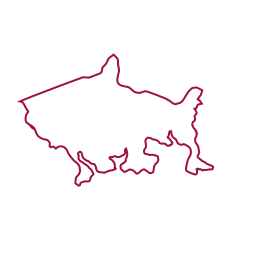 Lane Cove, New South Wales, Australia, rotated 328°
{"feature_id": "25037944B47816389357030", "entity_name": "Lane Cove", "entity_type": "district", "adm_level": 2, "iso_a3": "AUS", "parent_name": "Australia", "parent_adm1": "New South Wales", "projection": "equal_earth", "projection_center": [151.169, -33.823], "detail": "fine", "context": "isolated", "style": "outline", "palette": "rose", "viewbox_px": 256, "rotation_deg": 328, "n_neighbors": 0, "source": "geoboundaries", "source_scale": "gbopen_adm2", "svg_char_len": 5907}
<svg xmlns="http://www.w3.org/2000/svg" viewBox="0 0 256 256"><g transform="rotate(328 128 128)"><path d="M50.5,48.3L51.3,49.1L51.8,49.9L52.2,50.8L52.4,51.8L51.9,59.0L52.2,60.2L52.0,61.4L51.1,61.7L49.7,62.3L47.9,63.6L46.6,65.0L45.7,66.5L45.2,67.4L45.0,68.3L45.0,69.2L45.1,70.1L46.0,72.3L46.6,75.1L46.5,75.8L46.7,76.8L47.0,77.4L47.1,75.1L47.3,74.9L47.8,76.2L48.3,78.2L48.4,79.0L47.6,83.3L47.4,85.0L47.4,86.2L47.6,87.6L48.1,89.0L49.3,91.2L50.6,92.9L51.6,93.6L52.5,94.6L53.2,95.7L53.7,97.0L53.8,98.4L53.5,99.7L53.2,100.2L51.9,101.8L51.9,102.5L52.1,103.2L52.5,103.5L53.8,103.7L54.7,104.1L55.3,105.1L55.7,107.1L55.9,107.2L57.5,107.0L58.5,107.0L59.2,107.0L60.1,107.4L61.9,108.3L62.5,108.9L63.2,109.8L63.8,110.9L64.3,112.6L64.4,113.7L64.4,115.0L63.9,118.7L64.1,121.4L64.5,124.9L65.0,127.5L65.7,129.2L66.2,130.8L66.5,132.9L66.5,134.3L66.3,135.4L65.9,136.5L65.4,136.9L65.3,137.1L65.1,138.3L64.7,138.9L63.6,140.0L61.9,141.2L59.7,141.9L58.5,142.2L57.5,142.8L56.4,143.8L54.5,146.4L54.3,146.7L54.3,147.6L54.8,148.7L55.4,150.6L56.1,150.9L57.1,150.9L57.3,150.7L58.3,149.7L59.1,149.5L60.1,149.5L62.5,150.2L64.4,151.2L65.8,152.2L67.1,152.6L67.7,152.3L69.1,151.2L70.4,149.9L71.3,149.6L74.0,149.0L74.3,148.7L74.5,147.9L74.6,147.0L74.6,144.9L74.7,143.8L74.6,143.0L73.9,141.3L73.9,140.1L73.7,139.1L73.1,137.4L71.9,135.0L71.3,133.0L70.6,131.9L70.0,130.5L69.8,129.7L69.7,129.0L69.8,128.0L70.0,127.3L70.6,126.4L71.6,125.3L71.7,124.9L71.8,123.7L72.1,123.2L72.6,122.8L73.9,122.6L74.5,122.6L74.8,122.8L75.2,123.3L75.4,124.1L75.2,125.5L74.6,127.2L74.2,129.0L74.2,129.7L74.4,130.8L75.8,134.1L76.6,134.9L77.1,135.6L77.2,136.0L77.3,137.2L77.9,138.4L78.4,139.1L79.9,140.4L80.4,141.1L80.4,141.4L80.2,141.9L80.3,143.2L80.2,143.7L80.0,144.4L79.5,145.4L79.2,146.6L79.1,147.8L79.4,149.0L79.7,149.6L80.7,150.6L81.4,151.2L82.5,151.8L83.5,152.8L84.6,153.5L85.2,153.7L86.8,153.8L88.5,154.1L92.2,155.4L93.1,155.8L95.0,155.7L95.3,156.2L95.7,156.0L95.3,155.5L95.5,155.2L96.0,155.4L96.0,155.1L95.6,155.0L95.6,154.7L96.3,154.2L97.3,152.1L97.9,150.5L97.8,148.7L97.5,147.1L97.3,146.3L96.3,144.4L96.5,143.5L97.0,143.2L97.9,143.3L99.1,144.4L101.1,144.6L102.0,145.0L102.6,145.6L103.0,146.5L104.1,147.4L105.0,147.9L105.8,148.2L107.1,148.1L109.6,148.5L110.8,148.4L112.1,147.9L112.6,147.5L113.1,146.2L113.6,145.4L114.8,144.5L115.4,144.4L115.3,145.1L114.7,147.1L113.8,149.3L113.1,150.4L110.8,152.6L109.6,153.2L109.1,154.0L108.7,154.9L107.3,155.0L106.3,155.4L104.9,155.3L103.6,155.5L102.8,155.4L101.9,155.8L101.5,156.3L100.9,157.6L100.6,158.0L100.3,158.6L100.3,159.1L100.6,160.4L101.0,161.8L101.6,163.3L101.9,163.5L105.2,163.9L106.8,163.9L107.8,164.3L108.7,165.1L109.5,166.0L109.9,166.8L110.6,168.9L110.9,170.8L111.2,171.3L111.5,171.5L112.2,171.8L113.9,171.7L114.7,171.6L116.2,171.1L116.7,171.1L118.7,171.2L119.8,171.7L120.3,172.3L120.9,174.1L121.5,175.2L122.2,177.5L122.6,177.9L123.4,178.2L124.2,178.7L125.8,178.7L126.4,178.4L129.1,175.3L129.6,174.6L130.3,174.0L130.9,173.9L132.3,173.0L133.6,173.0L134.5,172.7L136.1,171.8L136.6,171.4L137.0,170.9L137.3,169.9L138.0,168.6L138.1,168.1L137.9,167.3L136.8,165.9L135.2,164.2L134.6,163.7L134.0,163.3L132.7,162.8L132.0,162.3L130.5,160.5L128.9,159.0L128.7,158.6L128.6,158.2L128.7,157.4L129.0,156.6L129.8,155.5L130.9,154.8L132.9,153.8L133.5,153.2L134.7,150.9L135.6,148.7L135.9,148.1L136.4,147.6L138.0,146.8L139.3,146.6L139.9,146.8L140.7,147.6L141.5,148.2L141.9,148.7L142.8,150.5L143.6,151.3L144.8,152.2L146.4,154.6L146.7,155.5L146.8,157.3L147.3,158.2L147.9,158.8L148.6,159.2L150.5,160.5L151.6,162.0L151.7,163.3L152.6,164.4L153.3,164.8L154.4,164.6L154.8,165.1L155.1,165.2L156.2,164.8L156.9,164.9L157.9,163.8L157.7,162.9L157.5,159.5L157.2,158.4L156.7,157.5L156.7,156.8L157.6,156.5L158.6,155.9L160.6,153.6L161.7,152.9L162.9,153.7L161.8,155.6L161.3,157.7L161.2,159.3L161.3,160.1L161.9,161.3L162.5,163.1L162.5,164.1L162.2,165.9L162.2,167.2L162.4,168.0L163.0,169.1L164.1,170.4L165.0,170.9L166.5,171.1L166.8,171.3L167.7,172.5L168.5,173.9L169.4,175.7L169.8,177.9L169.8,178.7L169.6,179.6L168.8,181.4L167.6,183.1L165.9,184.5L163.9,185.5L161.9,186.8L159.8,188.7L157.1,191.4L155.6,193.3L155.3,193.8L154.9,194.7L155.0,195.6L156.9,198.9L158.5,200.9L159.2,201.5L159.6,202.3L160.2,203.0L161.6,203.3L162.1,203.1L162.9,202.3L163.9,200.8L164.1,200.3L164.1,199.6L164.2,199.3L165.1,199.2L165.7,199.5L166.1,199.9L166.2,200.6L167.0,200.9L167.8,201.6L168.5,202.5L168.6,203.2L168.9,203.6L169.7,203.5L172.4,205.2L173.6,205.7L174.8,206.1L177.4,207.7L178.4,207.3L179.4,206.4L179.5,205.9L179.5,205.4L179.1,204.5L176.3,200.8L175.7,199.8L175.3,198.3L173.7,195.7L173.1,194.5L173.2,194.4L172.3,191.9L171.8,190.2L171.8,189.5L172.0,188.9L172.7,188.2L173.5,188.0L175.4,186.5L175.7,186.0L176.2,184.5L177.6,181.2L177.8,179.0L177.6,176.0L178.2,174.6L179.0,173.0L179.8,172.2L181.5,171.3L181.9,170.9L182.5,169.9L183.7,169.1L183.5,168.6L183.7,167.3L183.9,167.1L183.9,166.7L184.1,166.7L184.2,165.5L184.1,164.7L183.7,163.2L183.8,161.7L184.1,160.6L184.0,159.6L184.1,159.4L184.8,158.5L186.2,157.4L186.6,157.2L187.9,157.3L189.7,156.1L190.3,153.9L190.6,153.4L191.5,152.8L193.6,152.1L194.2,151.6L194.5,150.7L194.7,149.0L194.8,148.6L194.5,147.1L194.6,146.8L195.8,147.4L196.7,147.2L198.9,145.5L200.9,145.5L202.6,146.1L202.9,146.4L203.5,146.5L203.4,143.4L202.4,140.4L207.4,138.5L211.0,135.4L208.3,130.9L207.6,130.0L206.7,129.4L204.3,128.4L203.2,128.2L201.3,128.5L200.3,128.8L198.2,129.3L190.3,133.2L187.9,134.1L185.8,134.3L181.2,133.1L180.2,132.4L179.3,131.1L177.4,126.4L175.0,122.2L168.9,114.0L163.3,106.9L162.5,106.3L161.4,105.7L156.5,104.5L154.0,102.4L152.7,100.9L152.5,100.4L150.3,93.9L144.8,88.5L143.6,86.1L143.4,84.9L143.4,84.0L143.6,83.2L144.0,82.2L145.6,79.9L150.1,75.4L150.7,74.7L151.3,73.7L153.4,68.5L155.4,65.4L155.7,64.0L155.7,62.8L154.7,58.1L148.4,58.7L145.6,60.6L142.9,62.1L138.3,63.2L136.4,65.4L135.8,66.0L134.4,66.8L133.2,66.9L121.6,64.6L117.1,61.4L116.3,61.0L89.5,55.5L63.5,50.4L56.2,49.1L50.5,48.3Z" fill="none" stroke="#9f1239" stroke-width="2"/></g></svg>